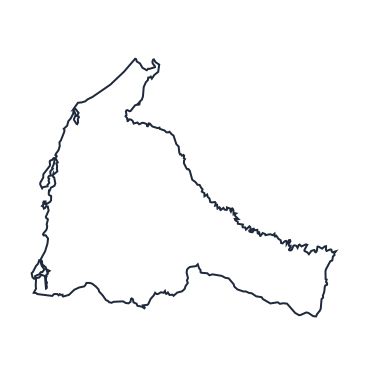 map outline of Santa Catarina (Equal Earth projection), rotated 189°
{"feature_id": "BRA-614", "entity_name": "Santa Catarina", "entity_type": "State", "adm_level": 1, "iso_a3": "BRA", "parent_name": "Brazil", "parent_adm1": "", "projection": "equal_earth", "projection_center": [-50.571, -27.663], "detail": "fine", "context": "isolated", "style": "outline", "palette": "slate", "viewbox_px": 384, "rotation_deg": 189, "n_neighbors": 0, "source": "natural_earth", "source_scale": "10m", "svg_char_len": 5962}
<svg xmlns="http://www.w3.org/2000/svg" viewBox="0 0 384 384"><g transform="rotate(189 192 192)"><path d="M46.5,110.2L46.0,108.2L47.3,106.4L46.6,97.1L47.1,94.9L49.4,90.9L50.0,88.5L52.8,88.3L58.2,90.8L60.3,90.9L65.7,87.4L67.1,87.1L71.2,88.7L80.7,96.6L84.5,96.4L87.6,95.3L90.1,96.5L97.1,94.2L105.2,97.3L106.8,99.0L112.2,99.0L117.1,101.3L120.0,101.3L123.4,102.2L125.7,101.8L131.9,102.9L135.4,105.2L136.4,107.4L142.2,112.4L145.8,112.5L149.5,113.8L158.8,113.9L161.8,112.5L164.1,114.1L170.3,113.7L171.0,114.2L171.4,116.3L173.1,117.8L175.0,121.5L176.5,119.4L182.2,117.7L184.0,116.0L184.8,114.3L184.7,111.5L182.5,106.3L183.2,103.9L181.9,101.5L183.6,98.2L184.1,95.1L186.2,92.4L190.9,90.3L194.0,86.6L195.1,87.5L198.1,86.8L200.1,89.0L201.2,87.4L202.1,87.5L203.2,90.0L204.4,88.0L207.0,88.1L209.8,85.8L211.1,85.7L212.6,86.7L213.6,83.9L216.1,80.0L217.7,74.4L218.3,73.6L222.6,72.4L220.6,70.4L220.9,69.7L223.5,70.9L228.1,71.1L229.3,73.0L232.5,73.8L233.5,76.7L234.9,77.5L235.5,76.9L235.5,74.0L237.3,72.1L240.0,72.0L243.0,73.2L252.2,71.3L254.1,70.0L256.7,70.2L257.7,71.1L260.2,71.9L263.9,75.8L268.2,79.2L269.0,81.1L272.2,83.6L276.2,85.8L278.6,86.2L282.0,85.7L283.0,82.8L283.9,81.8L288.4,80.1L292.9,77.1L297.4,71.2L302.9,68.6L303.4,68.8L303.8,70.3L305.5,69.9L306.7,70.4L307.5,69.1L309.1,70.1L312.3,69.6L313.8,67.5L328.8,67.0L330.2,67.8L332.6,67.7L330.9,72.2L331.6,74.4L332.5,82.0L331.9,82.8L329.6,83.6L327.7,86.7L324.1,85.9L321.1,73.8L320.6,74.2L320.5,75.7L321.3,77.5L321.1,79.9L322.2,81.3L322.8,84.3L322.4,86.1L322.8,87.7L321.6,88.7L322.7,90.8L321.3,90.8L320.4,91.8L323.8,92.9L324.7,94.8L328.6,97.1L329.4,100.3L331.0,101.6L327.8,110.5L326.7,118.4L326.9,123.5L329.8,126.4L331.7,125.9L332.5,126.9L332.1,128.2L330.1,131.4L329.6,133.4L329.7,135.8L330.5,137.3L330.0,142.1L330.5,143.0L331.6,143.2L332.5,144.6L330.7,151.2L332.2,155.2L333.8,155.1L334.7,153.1L335.7,152.4L336.8,154.5L337.9,154.8L336.8,156.4L337.3,158.1L337.0,159.4L335.2,159.8L334.9,158.9L335.7,158.7L335.9,158.1L335.6,157.4L334.3,156.9L330.7,160.0L329.9,161.7L330.5,166.0L332.5,166.6L333.2,167.5L333.6,172.1L332.9,170.6L332.0,174.3L328.9,176.5L328.3,178.9L330.4,184.8L331.4,185.2L332.0,186.1L331.7,188.8L331.2,187.9L328.2,191.3L329.1,193.7L329.3,196.7L330.5,199.0L329.2,200.2L332.3,204.5L331.2,205.8L331.4,206.6L332.7,207.1L332.4,208.4L330.4,212.4L329.8,216.7L330.7,220.4L329.6,222.4L327.6,231.4L327.6,233.1L328.6,234.3L325.7,237.9L325.2,242.6L323.3,245.7L321.5,251.0L321.8,252.6L321.1,253.6L319.3,250.7L319.1,249.2L320.0,245.5L319.8,244.7L316.7,241.2L316.0,241.0L315.4,242.9L316.2,246.2L315.4,248.2L315.7,248.8L317.3,249.0L317.4,249.6L316.4,252.4L320.0,255.8L320.7,256.0L322.2,255.0L318.6,262.3L314.8,263.3L311.6,264.9L309.7,267.1L305.2,270.3L289.4,285.3L277.9,300.3L269.0,314.7L268.0,314.5L267.0,312.3L263.5,310.8L260.3,306.9L255.7,305.2L254.6,306.9L253.4,306.9L248.1,309.5L248.4,310.5L250.8,312.7L251.4,314.0L251.4,315.6L251.1,316.6L250.4,317.0L248.3,314.5L244.3,312.7L244.2,305.3L247.4,301.9L249.4,297.7L250.8,299.5L251.7,298.5L253.1,298.2L253.1,295.6L254.7,293.3L256.1,288.1L255.4,278.7L256.0,275.3L257.6,273.3L257.7,270.2L258.4,269.9L258.8,271.3L260.0,269.6L261.8,268.7L265.4,262.3L266.4,262.0L268.6,262.8L269.6,262.2L269.9,261.2L268.7,257.6L269.5,256.5L267.8,255.0L266.7,252.0L266.2,252.2L265.4,254.0L263.4,253.9L261.8,253.0L260.3,250.5L256.8,252.1L254.8,250.6L252.0,252.5L250.7,252.7L247.3,252.0L246.6,250.0L246.0,250.0L245.4,250.9L245.3,253.0L244.4,253.0L241.4,250.5L235.8,249.7L234.2,250.5L233.6,249.3L228.8,248.5L226.7,247.0L225.0,247.1L223.6,248.0L221.4,246.0L219.1,244.9L215.0,236.9L212.3,234.8L210.7,228.9L209.7,227.3L209.0,227.6L207.6,226.3L206.2,227.3L205.5,226.7L205.4,224.1L204.1,223.5L204.8,221.7L204.5,219.2L201.2,214.5L200.2,213.7L199.1,214.1L197.5,212.6L193.7,204.2L189.9,202.2L187.7,200.0L185.6,200.2L183.7,197.7L182.0,196.4L182.4,193.9L179.7,192.9L179.0,189.8L176.7,191.9L175.7,189.6L173.7,188.3L172.4,185.0L170.8,184.8L167.7,185.7L166.8,184.8L167.0,182.2L165.2,183.2L164.2,179.7L162.6,181.2L161.8,180.7L161.4,178.9L160.8,178.7L158.5,181.2L157.1,179.7L155.0,179.7L154.6,180.4L155.0,182.2L150.9,181.4L151.3,179.8L150.5,178.7L149.6,182.0L148.8,181.5L148.2,180.3L147.5,176.7L146.5,177.8L145.2,177.7L146.6,176.5L145.4,174.9L142.1,172.6L145.5,172.1L144.7,170.7L142.3,170.0L141.7,167.8L136.6,167.8L136.8,165.8L136.3,165.1L133.9,165.3L132.8,163.3L129.9,167.1L129.1,166.6L127.9,164.1L127.9,163.5L129.1,163.2L129.4,162.5L128.8,161.8L126.3,161.6L125.6,162.3L126.1,165.0L125.3,165.4L124.2,164.0L121.6,164.8L120.6,161.4L119.9,161.2L119.7,163.5L117.9,159.4L117.4,159.4L115.8,162.5L113.4,162.0L112.7,160.9L108.3,162.5L105.4,162.0L104.0,163.7L103.5,161.5L103.0,161.0L101.9,162.0L99.2,159.2L96.9,158.2L95.9,155.5L94.6,155.4L92.5,158.0L91.4,158.4L90.7,157.6L90.4,155.5L88.7,159.6L87.7,159.9L87.1,158.7L88.2,155.8L88.1,154.7L87.4,153.8L86.2,154.3L86.0,152.6L87.2,150.5L87.1,149.9L86.3,149.6L85.2,149.8L84.3,150.8L83.5,154.6L82.4,155.4L80.4,155.1L79.0,153.3L78.2,156.4L77.5,156.9L75.3,155.4L71.3,158.1L69.9,157.9L71.9,152.3L71.6,151.3L69.0,150.6L66.8,148.8L65.0,152.4L62.6,153.7L62.1,153.8L61.0,152.0L60.4,151.8L59.6,152.8L59.5,157.6L58.6,157.9L54.7,156.4L52.4,159.0L51.1,159.4L50.7,155.7L49.8,154.8L46.5,156.9L45.3,156.8L44.7,155.1L43.8,154.4L40.7,155.9L41.9,153.8L41.4,151.9L42.7,150.4L42.8,146.3L44.6,145.2L47.7,136.3L47.7,134.1L46.4,126.9L45.3,126.6L45.6,124.1L44.4,123.2L44.1,122.2L44.2,121.4L45.6,120.7L46.0,119.4L45.8,113.8L46.5,110.2ZM340.1,173.4L340.6,172.2L343.1,175.7L343.3,177.4L341.2,183.0L341.6,186.3L336.6,195.4L336.5,197.0L337.3,199.6L337.1,200.7L335.2,201.8L334.0,203.8L332.8,203.9L332.8,198.2L333.9,193.9L333.1,193.3L335.1,190.3L335.0,188.7L333.8,186.2L335.6,185.6L336.2,184.6L336.1,183.4L335.1,182.7L335.5,181.0L334.4,178.7L335.8,176.4L335.5,175.1L340.1,173.4ZM334.5,94.6L332.8,97.1L332.3,100.5L330.8,99.8L329.0,95.8L325.7,92.3L327.3,89.5L328.9,89.1L329.8,87.0L333.8,84.4L333.4,82.6L334.4,81.6L336.2,82.8L337.7,86.7L336.6,88.2L334.5,94.6Z" fill="none" stroke="#1e293b" stroke-width="2"/></g></svg>